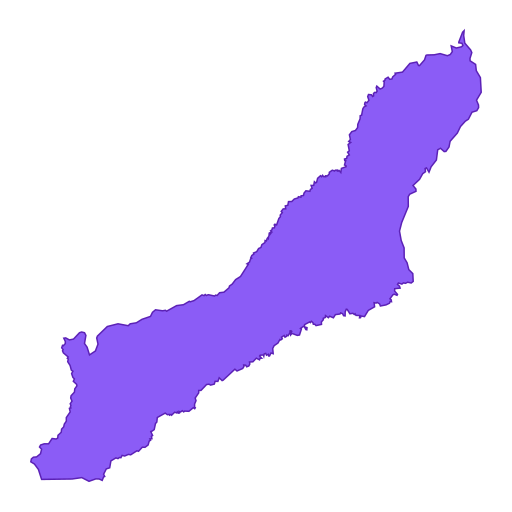 outline of Feliz Natal, Mato Grosso, Brazil
{"feature_id": "56859067B37239416580706", "entity_name": "Feliz Natal", "entity_type": "district", "adm_level": 2, "iso_a3": "BRA", "parent_name": "Brazil", "parent_adm1": "Mato Grosso", "projection": "robinson", "projection_center": [-54.221, -11.85], "detail": "fine", "context": "isolated", "style": "filled", "palette": "violet", "viewbox_px": 512, "rotation_deg": 0, "n_neighbors": 0, "source": "geoboundaries", "source_scale": "gbopen_adm2", "svg_char_len": 6002}
<svg xmlns="http://www.w3.org/2000/svg" viewBox="0 0 512 512"><path d="M304.4,326.9L304.6,324.6L309.7,321.9L310.3,322.6L311.4,321.3L312.9,322.6L313.3,324.2L314.9,324.3L316.0,325.6L321.5,324.4L321.4,321.9L323.3,319.8L323.3,318.3L325.3,317.5L325.5,315.6L328.4,317.7L329.6,316.2L333.4,317.8L335.4,314.6L340.0,314.0L340.6,312.9L342.6,313.7L343.6,315.7L345.1,315.9L345.2,311.8L346.3,309.2L347.2,309.4L349.9,313.8L352.9,313.3L354.3,314.5L355.1,313.8L356.0,315.4L359.8,315.5L359.5,317.8L360.5,317.7L361.1,316.0L364.5,316.6L368.3,310.4L374.6,306.8L374.1,302.7L376.1,303.1L377.1,302.4L379.6,303.9L380.4,306.0L386.0,304.9L389.5,303.2L390.1,301.5L391.5,301.7L391.2,299.8L389.9,298.8L393.0,294.7L394.2,294.2L397.0,295.3L397.5,294.4L394.6,291.0L394.7,288.7L400.1,288.1L399.5,286.2L397.5,284.4L398.4,283.0L401.9,284.1L403.4,282.9L405.5,283.3L407.7,282.2L411.2,283.0L413.2,281.4L412.8,273.6L408.8,269.6L407.1,262.8L404.2,257.9L404.1,247.9L401.2,240.5L399.5,231.1L401.7,222.5L408.3,206.4L408.2,196.7L409.7,194.2L416.0,191.3L415.9,189.0L413.0,185.5L419.5,179.4L422.7,173.7L425.5,171.7L425.1,168.5L426.5,167.9L429.0,172.2L431.1,166.8L436.4,160.0L437.7,149.8L440.5,148.3L444.2,151.6L445.9,151.4L449.0,147.0L450.1,141.3L457.3,133.1L460.5,126.5L465.3,121.2L468.4,119.2L472.0,112.2L476.8,110.7L478.6,107.6L478.5,105.0L476.5,100.2L481.2,92.3L480.4,77.6L476.3,70.7L475.6,64.4L470.1,60.8L470.0,58.4L471.8,52.6L470.6,49.9L464.8,43.1L463.7,35.6L464.1,30.7L462.6,32.2L458.8,42.1L458.8,42.8L462.0,43.3L462.9,45.5L461.5,46.8L456.3,48.0L451.2,45.9L452.3,51.6L450.3,54.5L447.4,55.7L440.1,53.6L434.2,54.8L426.9,55.0L426.0,55.4L424.5,59.9L419.5,65.6L418.5,65.5L416.8,62.0L409.9,63.4L402.5,72.1L395.1,73.2L395.6,74.3L392.7,76.9L391.9,79.0L389.7,79.3L388.1,77.2L385.1,79.0L384.9,80.3L383.5,81.2L384.2,82.0L383.9,86.4L382.2,88.2L380.1,89.0L376.8,86.1L376.2,87.6L377.1,91.2L376.2,92.6L374.9,92.3L373.5,93.4L373.6,95.9L372.6,96.5L371.5,94.8L368.5,94.5L367.7,96.6L368.9,100.3L367.0,102.7L365.4,102.1L364.8,103.0L364.6,104.7L366.0,105.9L363.8,107.1L362.8,108.9L361.6,115.2L360.2,115.7L360.1,118.8L357.8,124.3L357.6,127.6L355.4,130.5L351.8,131.6L349.4,134.8L350.4,139.4L348.7,141.5L350.7,142.4L348.1,144.5L349.3,150.8L347.6,152.2L349.3,154.9L347.0,156.3L346.7,158.4L344.5,159.0L344.7,160.5L345.7,160.6L344.5,165.0L346.0,165.8L346.1,166.7L341.4,168.4L340.8,172.5L339.1,170.5L338.3,171.1L337.4,171.0L337.5,170.1L335.3,170.2L334.6,171.0L332.3,170.2L329.3,172.3L329.3,173.8L327.4,175.9L325.6,175.8L325.7,176.7L323.5,176.6L322.6,175.3L321.6,176.7L320.5,175.7L317.6,178.3L316.6,182.3L315.7,182.9L314.4,181.7L313.7,185.4L311.1,185.4L312.1,188.4L310.4,189.4L309.9,191.3L305.9,190.8L304.0,193.1L303.5,195.5L301.1,195.8L300.9,197.2L298.4,196.7L298.0,197.9L294.3,199.0L291.8,201.5L288.5,201.6L287.8,205.3L285.3,205.9L285.7,208.8L283.2,208.9L281.2,211.4L282.3,212.6L280.2,215.1L280.4,216.7L278.9,218.4L276.6,224.9L274.9,224.2L274.2,225.0L274.9,225.9L274.4,227.8L272.4,228.0L272.0,229.7L270.6,230.8L271.8,232.0L269.3,233.0L269.1,234.0L270.4,233.9L268.6,236.2L268.3,238.6L267.6,237.9L267.1,238.6L266.4,240.9L265.1,240.5L264.9,242.6L261.9,244.6L260.9,247.5L258.6,248.5L256.7,251.7L253.5,253.0L253.8,254.1L251.8,255.5L250.8,257.7L251.6,258.2L250.6,258.9L249.5,262.1L247.0,263.8L248.3,264.3L240.5,276.5L235.6,279.6L232.2,284.1L229.5,286.0L229.0,287.8L223.9,292.2L219.6,292.7L217.1,295.5L215.7,295.1L214.6,296.0L208.3,294.7L206.3,295.5L205.2,294.5L204.1,295.6L202.0,294.9L194.0,300.6L190.2,301.8L189.3,301.3L183.5,304.7L176.6,305.6L166.6,311.2L165.4,310.3L162.6,310.8L155.5,309.8L152.5,312.3L150.5,316.4L142.0,319.3L136.4,322.8L130.2,323.8L128.2,325.7L118.0,323.8L107.3,326.5L97.4,336.1L96.7,338.0L98.0,344.1L95.4,351.0L89.5,354.9L87.1,347.2L84.5,343.5L85.9,335.4L84.5,332.7L81.6,332.0L79.5,332.7L73.5,339.1L69.4,339.9L65.7,337.9L63.8,338.2L65.3,341.4L65.3,343.6L63.2,345.8L62.5,345.4L61.7,347.8L63.1,349.6L62.5,350.8L63.4,352.9L68.2,357.0L67.3,358.3L68.3,359.0L67.7,361.7L70.1,365.5L71.3,370.1L72.9,371.2L71.6,373.6L72.9,377.4L74.4,378.9L73.3,381.3L76.6,384.3L76.9,385.9L74.8,388.8L74.4,392.2L71.1,395.7L70.7,398.0L72.0,401.1L70.2,403.8L70.9,405.3L70.3,407.3L70.8,407.9L69.4,408.4L70.2,411.9L66.3,417.6L66.3,421.2L64.3,424.1L63.7,426.9L61.6,429.1L61.2,432.3L58.0,435.3L57.7,438.1L56.1,439.0L52.1,438.5L48.6,443.8L44.2,443.8L40.6,445.0L39.5,447.0L41.6,449.2L40.5,453.7L36.6,456.9L33.4,457.2L31.4,458.9L30.8,461.8L34.4,464.0L38.4,469.4L41.6,479.4L72.0,479.0L81.8,477.6L89.0,481.3L95.8,478.9L99.2,479.0L102.2,480.4L103.6,476.9L104.7,476.5L103.6,474.2L106.3,468.9L109.7,467.8L110.9,460.9L115.9,457.9L118.0,458.6L119.4,457.5L120.9,457.7L122.1,455.4L124.7,456.0L128.4,454.4L130.7,454.8L136.9,450.8L138.5,451.3L142.3,447.2L145.0,447.3L148.1,445.0L149.2,441.1L150.6,440.2L149.9,438.9L151.9,438.7L151.4,436.3L152.6,435.5L150.5,431.0L151.2,431.7L154.2,429.6L155.5,423.5L156.8,422.1L157.3,417.5L165.2,413.1L167.4,414.7L169.2,414.4L169.6,415.2L171.0,414.4L171.6,415.2L174.7,412.2L176.9,413.0L177.3,411.9L178.7,413.2L179.4,413.0L179.1,411.5L180.6,412.0L182.3,410.7L183.7,411.9L184.7,411.1L188.9,411.3L193.3,407.7L194.7,408.7L195.3,407.7L194.6,407.1L194.6,404.0L196.0,400.7L195.2,398.0L198.7,392.9L198.7,390.5L201.0,390.4L206.6,384.5L209.0,384.2L210.6,385.1L214.3,384.1L215.1,381.3L217.9,381.4L219.2,377.8L222.1,380.6L223.1,380.2L234.9,369.2L237.0,371.0L242.7,368.5L244.0,366.4L243.7,365.0L245.7,365.2L246.7,366.8L248.8,366.0L249.8,364.1L249.5,362.0L252.9,361.8L256.3,358.2L259.5,359.8L260.0,358.3L261.6,358.2L259.6,356.0L260.2,355.2L263.4,355.0L263.8,356.1L264.2,353.9L265.7,353.4L266.5,355.2L268.3,354.3L268.7,356.0L269.5,356.0L271.0,353.0L273.2,353.7L272.7,348.5L274.1,345.7L278.0,343.0L279.9,339.5L280.7,340.0L282.3,338.8L281.5,337.2L284.1,335.5L285.0,337.2L286.6,336.3L286.9,335.1L288.1,335.7L290.0,332.6L290.0,330.9L290.9,330.7L291.7,331.3L290.5,333.1L290.7,334.9L291.9,333.4L297.3,335.4L299.5,335.0L301.4,329.0L300.5,328.4L303.4,326.4L304.4,326.9ZM304.4,326.9L305.9,329.6L306.8,329.8L307.0,327.6L304.4,326.9Z" fill="#8b5cf6" stroke="#5b21b6" stroke-width="1.5"/></svg>